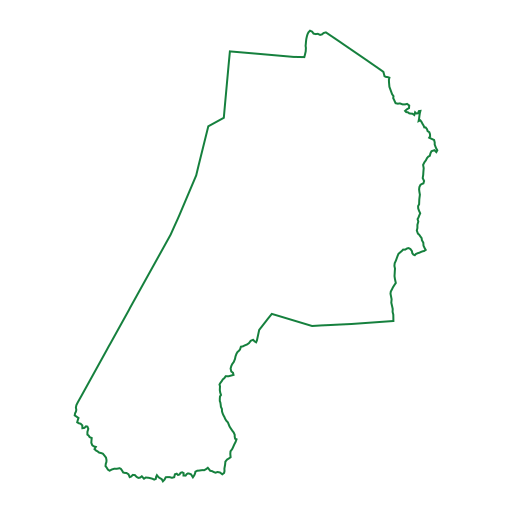 Riacho de Santana, Bahia, Brazil
{"feature_id": "56859067B6273333870368", "entity_name": "Riacho de Santana", "entity_type": "district", "adm_level": 2, "iso_a3": "BRA", "parent_name": "Brazil", "parent_adm1": "Bahia", "projection": "equal_earth", "projection_center": [-43.019, -13.644], "detail": "fine", "context": "isolated", "style": "outline", "palette": "green", "viewbox_px": 512, "rotation_deg": 0, "n_neighbors": 0, "source": "geoboundaries", "source_scale": "gbopen_adm2", "svg_char_len": 4789}
<svg xmlns="http://www.w3.org/2000/svg" viewBox="0 0 512 512"><path d="M76.4,405.1L75.9,407.5L76.3,409.9L75.9,411.7L75.1,413.2L74.7,415.4L76.8,416.8L78.5,418.0L77.8,420.0L77.2,422.3L78.9,423.3L80.6,423.7L82.3,425.4L82.4,428.2L84.4,427.9L86.0,426.3L87.4,426.6L88.3,428.8L87.4,431.9L87.4,434.6L88.7,435.6L89.6,437.1L91.7,438.0L91.5,440.0L91.3,442.8L92.3,445.3L93.9,446.4L95.8,446.9L94.5,449.1L96.1,450.6L97.5,451.3L99.1,452.6L101.3,453.1L102.9,453.7L104.3,455.4L106.0,457.6L106.5,460.1L106.4,462.0L105.8,463.7L105.5,466.1L106.6,467.5L107.9,469.6L109.6,470.7L111.8,469.5L114.4,468.7L116.3,468.8L117.8,468.6L119.5,468.2L120.8,468.8L122.1,470.6L123.2,472.5L124.8,472.9L126.5,473.0L128.5,474.3L129.7,477.1L131.2,476.5L132.8,474.9L134.9,475.1L136.6,476.9L138.4,477.9L140.1,477.6L141.8,476.3L144.0,478.7L145.8,477.5L148.7,477.8L150.4,478.2L152.3,478.7L154.2,479.6L155.8,478.9L156.1,476.9L156.9,475.2L158.4,477.1L160.0,478.2L161.7,479.1L162.9,481.3L164.6,479.5L165.7,477.3L167.3,477.1L169.6,477.1L171.9,477.8L174.2,477.2L174.9,474.3L176.7,473.7L178.0,475.0L179.5,474.5L180.6,472.8L182.2,472.3L183.6,473.1L183.5,475.5L185.6,475.6L186.7,474.1L188.0,473.4L189.5,473.7L191.1,474.4L192.9,477.3L194.2,475.4L195.0,473.6L195.4,471.7L197.3,470.7L199.0,470.6L200.9,470.3L202.6,470.1L204.2,470.2L206.3,469.0L207.8,467.8L208.9,469.1L210.2,470.8L212.0,471.1L213.7,472.0L215.5,472.7L217.5,472.0L220.0,472.5L222.3,474.3L224.1,472.9L224.5,471.1L224.4,468.6L225.1,464.6L225.4,461.6L227.1,459.5L228.7,458.6L230.6,457.2L230.3,453.9L230.5,451.3L232.1,449.2L232.9,447.6L234.3,444.4L235.6,441.9L236.5,439.3L235.1,438.7L234.7,436.6L234.7,434.8L233.7,432.5L232.3,430.7L230.7,428.3L229.6,426.6L228.9,424.9L227.9,422.4L226.3,420.7L225.1,418.7L224.4,417.0L223.5,415.4L222.7,413.6L222.0,411.4L221.9,409.0L220.9,406.8L220.7,404.8L220.4,402.7L219.8,401.0L219.8,398.7L220.0,396.4L221.0,395.0L220.2,392.5L219.8,390.0L219.9,388.1L220.0,386.3L219.5,384.5L220.4,382.9L221.7,381.2L222.8,379.4L224.3,378.2L225.7,376.2L228.4,376.3L231.0,375.6L233.5,374.9L233.0,372.8L231.3,371.5L230.6,368.6L231.3,366.0L232.2,364.1L233.8,361.9L235.0,358.9L235.5,356.4L236.5,353.7L237.5,352.0L238.8,350.9L240.0,349.5L240.9,346.7L242.8,346.4L244.5,345.5L247.0,344.5L249.0,343.1L250.7,340.8L253.1,339.8L254.5,341.3L256.1,342.3L256.9,340.5L259.2,329.9L264.9,322.6L266.0,321.2L267.6,319.1L271.8,313.9L280.2,316.4L284.2,317.6L312.1,326.0L321.7,325.4L328.6,325.1L338.5,324.6L351.4,324.0L393.4,321.0L393.3,314.7L392.6,311.9L392.7,308.9L391.9,305.3L391.3,302.7L391.6,299.3L390.5,293.7L390.8,291.5L392.0,289.3L392.9,287.4L394.4,285.0L395.8,283.0L395.3,280.7L394.9,278.8L394.5,276.1L394.7,273.1L394.8,271.1L395.0,268.7L394.4,265.9L394.7,263.2L395.9,260.6L396.9,257.8L397.6,255.9L398.5,253.8L400.5,252.1L402.0,250.8L403.1,249.6L405.2,249.6L407.2,248.4L408.6,248.1L410.4,249.0L411.9,251.1L412.3,253.2L413.4,254.6L414.8,255.2L415.9,254.0L417.7,253.2L419.4,252.7L421.3,251.8L422.7,251.3L424.1,251.0L425.7,249.9L424.7,248.2L423.5,245.7L423.3,242.7L421.9,240.2L421.6,238.1L420.2,236.2L419.2,234.7L417.9,233.6L416.8,230.5L417.4,228.1L417.4,224.8L418.3,221.6L417.6,219.1L418.5,217.5L419.1,215.8L420.2,213.3L419.0,210.7L418.2,208.4L418.1,206.1L419.1,204.3L419.2,201.9L419.3,199.3L419.6,196.9L419.9,194.7L419.4,191.9L419.1,189.4L419.4,187.0L420.5,184.8L421.8,184.0L423.4,183.4L424.1,181.0L422.7,178.1L423.2,174.9L423.4,171.7L423.7,168.2L423.1,164.9L424.4,162.3L425.9,160.3L427.0,158.1L428.2,156.7L429.8,155.8L430.5,153.2L431.5,151.2L433.0,150.7L434.4,150.2L436.3,152.1L437.3,150.3L436.1,148.2L435.3,146.2L434.7,144.5L434.7,142.5L434.1,140.0L431.5,138.8L429.2,137.7L430.1,136.3L430.0,134.2L429.3,132.2L427.6,131.1L427.0,129.2L425.6,127.4L424.3,127.4L423.6,125.6L422.6,124.0L421.5,121.9L420.3,120.3L418.6,121.1L419.1,118.6L419.4,116.0L419.8,113.3L420.4,110.9L418.9,111.1L418.0,113.3L416.3,113.5L415.1,112.3L414.3,115.0L412.4,113.7L410.8,113.6L409.3,113.4L407.9,112.3L406.2,112.1L405.1,110.9L406.9,109.3L409.0,108.1L409.2,105.5L407.1,103.9L405.1,104.4L402.6,104.4L399.9,103.4L397.8,103.7L395.6,103.2L394.8,101.5L394.1,99.9L393.2,98.1L393.5,96.2L392.1,94.2L391.1,91.5L390.2,89.0L389.4,86.8L389.0,82.3L388.9,79.8L389.4,77.7L387.7,77.1L385.9,76.9L384.5,76.2L384.0,74.2L383.4,71.9L381.5,70.5L362.9,57.6L344.3,44.9L339.7,41.7L325.9,32.4L323.6,33.0L322.0,34.4L320.1,34.9L317.8,33.8L315.7,34.1L313.5,33.6L312.2,31.7L310.0,30.7L308.4,32.4L307.5,34.3L306.9,36.3L306.3,39.0L306.0,41.5L305.8,44.0L305.6,45.8L305.9,48.0L305.7,51.4L305.0,54.5L304.3,57.1L293.4,56.9L259.2,53.9L229.9,51.4L228.7,64.0L224.9,105.5L223.8,117.8L208.3,126.3L198.5,165.8L196.2,175.4L179.4,215.1L177.6,219.2L174.5,226.0L170.6,234.7L157.3,258.7L147.8,275.8L130.0,307.9L129.1,309.7L127.0,313.5L110.2,343.8L108.8,346.2L106.7,350.1L81.4,395.9L77.8,402.3L76.4,405.1Z" fill="none" stroke="#15803d" stroke-width="2"/></svg>